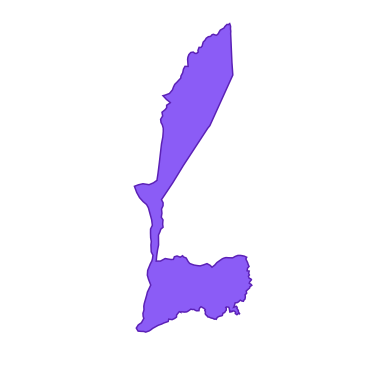 Drouseia, Paphos, Cyprus, rotated 61°
{"feature_id": "46923920B78950527939892", "entity_name": "Drouseia", "entity_type": "district", "adm_level": 2, "iso_a3": "CYP", "parent_name": "Cyprus", "parent_adm1": "Paphos", "projection": "natural_earth1", "projection_center": [32.368, 35.007], "detail": "fine", "context": "isolated", "style": "filled", "palette": "violet", "viewbox_px": 384, "rotation_deg": 61, "n_neighbors": 0, "source": "geoboundaries", "source_scale": "gbopen_adm2", "svg_char_len": 3609}
<svg xmlns="http://www.w3.org/2000/svg" viewBox="0 0 384 384"><g transform="rotate(61 192 192)"><path d="M275.6,175.8L273.5,177.3L272.1,178.9L271.0,180.3L269.7,182.7L269.3,185.3L269.3,188.4L267.3,191.8L265.8,194.1L265.3,196.0L265.1,197.9L265.5,201.8L265.8,204.4L267.0,207.7L267.5,211.0L265.1,211.6L261.9,213.6L261.3,217.4L260.6,220.7L258.8,223.2L256.9,225.6L255.0,227.3L253.3,228.7L250.9,229.1L246.9,229.1L244.5,231.0L243.2,231.1L243.3,233.9L240.7,236.1L240.1,238.8L241.9,240.9L241.0,242.9L239.0,245.5L237.2,247.7L237.1,253.2L235.1,256.8L230.8,253.9L226.2,250.4L222.1,246.9L213.4,242.2L211.3,239.4L209.4,237.3L208.8,234.4L206.0,233.3L203.8,231.9L202.4,230.9L199.2,231.1L196.0,228.6L192.1,226.9L190.0,224.0L187.4,222.5L183.9,222.4L174.8,204.7L164.6,186.7L143.9,147.4L142.6,144.2L109.5,99.6L97.9,94.2L72.2,81.4L70.1,80.1L68.1,79.3L65.7,77.9L63.0,77.4L63.2,79.0L62.4,80.2L62.6,80.9L63.2,83.0L64.1,84.6L64.1,86.7L64.1,88.7L65.0,90.4L66.0,91.9L66.6,93.2L66.7,94.8L65.5,95.9L64.4,96.9L64.2,98.3L64.9,100.3L64.1,102.4L64.4,105.0L65.6,107.1L66.3,109.5L67.7,110.9L69.3,112.4L69.9,114.1L68.9,115.7L71.1,118.2L72.6,118.7L73.0,120.7L72.2,122.2L70.2,123.1L69.4,125.4L70.3,128.1L72.1,130.2L73.8,131.5L77.0,133.0L80.3,134.5L78.7,137.2L80.4,139.9L83.2,142.3L85.2,145.4L87.0,146.7L87.7,149.1L88.6,151.7L89.5,154.9L91.2,157.3L93.2,159.6L94.1,161.9L94.9,164.0L94.2,168.7L93.7,170.7L98.5,169.5L99.6,169.1L103.3,167.6L103.5,168.1L103.8,172.1L106.0,173.3L106.9,175.3L107.7,179.6L111.3,180.8L113.2,184.2L115.2,185.0L116.2,185.4L118.8,185.4L122.2,186.2L125.0,187.7L129.8,190.9L135.2,195.4L150.6,206.4L159.5,212.9L164.8,217.0L165.3,221.2L164.8,226.0L161.0,230.9L159.7,235.4L159.1,239.6L165.7,240.6L171.5,240.6L176.7,239.4L180.9,237.8L184.7,237.8L196.8,240.8L201.9,242.8L204.3,246.2L207.8,248.2L211.9,250.3L215.6,251.6L218.4,253.6L224.6,256.7L228.4,256.8L231.3,259.0L232.9,260.6L234.5,263.1L239.1,268.8L243.1,271.4L247.0,272.3L253.4,273.2L257.9,279.5L260.3,281.7L266.4,287.8L268.5,289.5L271.7,291.1L273.0,292.3L274.3,293.7L277.0,295.0L279.2,295.4L281.8,299.6L282.2,303.4L284.0,306.7L284.8,306.7L287.5,306.6L289.3,304.0L290.5,301.9L291.1,301.3L292.1,300.4L292.7,296.9L292.6,295.0L292.2,292.4L292.2,289.3L292.2,286.1L292.8,282.5L292.9,280.2L293.7,275.6L291.9,274.0L294.0,271.3L294.2,268.5L293.9,266.2L292.1,265.1L291.2,262.9L290.5,261.1L291.3,260.5L291.1,260.5L292.0,258.8L293.4,256.8L294.3,254.7L294.3,253.1L294.1,251.3L293.9,249.8L295.0,248.6L295.7,247.1L297.1,246.5L298.2,245.5L299.2,243.4L298.0,242.6L297.1,241.4L296.7,239.7L299.5,238.0L301.3,237.4L301.9,238.3L303.3,238.3L305.0,239.5L307.1,239.2L307.7,238.8L308.8,238.8L309.9,237.6L311.1,236.7L312.1,235.7L312.8,234.9L314.0,234.2L314.4,233.2L315.1,232.5L314.0,230.8L313.9,229.4L314.0,228.2L314.5,226.7L314.7,225.3L313.7,224.4L313.0,223.5L313.2,222.8L313.2,221.8L312.3,220.2L312.0,219.3L310.8,218.7L310.1,218.3L309.3,218.4L309.3,217.4L310.0,216.4L310.8,215.7L311.9,215.9L315.3,217.1L315.8,216.0L315.2,215.6L316.1,214.6L315.8,213.9L316.7,212.8L318.3,212.1L319.3,213.1L321.1,212.2L320.9,211.4L320.7,210.2L321.6,209.7L321.5,209.4L319.3,209.5L318.1,208.9L315.6,209.1L314.7,208.4L313.4,208.7L313.0,211.4L312.3,210.4L309.9,208.0L310.7,205.9L310.6,204.6L310.0,202.2L311.6,201.2L312.5,200.0L311.7,199.0L311.4,197.7L310.2,196.6L309.0,195.9L307.6,195.4L307.1,193.3L304.9,192.6L304.4,190.5L303.9,188.2L302.9,187.2L302.6,184.9L301.4,185.1L299.6,186.2L298.6,185.2L297.6,182.6L296.4,182.7L295.2,183.8L293.0,183.5L292.4,182.0L290.6,181.9L288.9,180.3L287.6,182.0L285.5,180.3L284.8,178.2L282.6,178.0L280.7,177.6L276.7,177.4L275.6,175.8Z" fill="#8b5cf6" stroke="#5b21b6" stroke-width="1.5"/></g></svg>